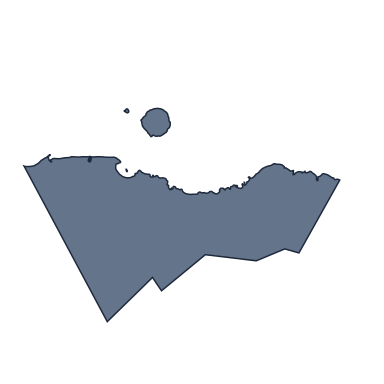 outline of Bogia District, Madang, Papua New Guinea, rotated 332°
{"feature_id": "67681753B59522358603410", "entity_name": "Bogia District", "entity_type": "district", "adm_level": 2, "iso_a3": "PNG", "parent_name": "Papua New Guinea", "parent_adm1": "Madang", "projection": "orthographic", "projection_center": [145.006, -4.34], "detail": "fine", "context": "isolated", "style": "filled", "palette": "slate", "viewbox_px": 384, "rotation_deg": 332, "n_neighbors": 0, "source": "geoboundaries", "source_scale": "gbopen_adm2", "svg_char_len": 6027}
<svg xmlns="http://www.w3.org/2000/svg" viewBox="0 0 384 384"><g transform="rotate(332 192 192)"><path d="M56.3,266.7L117.0,248.9L118.7,264.9L174.3,253.6L216.4,282.9L247.2,285.8L257.8,296.0L328.1,250.8L327.1,249.6L326.6,249.1L325.5,248.6L324.8,248.5L324.0,248.2L323.7,247.6L323.7,246.6L323.5,246.0L323.1,245.6L322.5,245.4L320.3,241.2L319.5,240.1L317.6,238.3L316.8,237.7L316.2,237.4L315.4,237.4L312.9,238.2L312.2,238.2L311.3,237.9L310.3,237.9L309.7,238.7L308.9,240.4L308.5,240.9L307.8,240.7L307.7,239.5L308.3,238.7L309.1,236.9L309.1,235.9L308.4,233.6L307.2,231.6L307.0,230.5L306.6,229.8L305.8,229.1L304.1,229.3L302.1,228.8L301.5,228.5L301.3,227.7L301.5,226.9L301.2,226.7L300.6,227.2L300.2,227.1L299.3,226.6L298.7,227.0L298.4,227.0L298.1,226.8L298.2,226.0L297.8,225.5L296.2,224.4L295.0,223.9L292.1,223.9L291.5,224.2L290.6,224.5L290.1,224.5L289.4,224.1L289.8,223.3L290.3,223.0L290.8,222.4L291.1,221.4L291.6,220.9L291.5,220.5L290.2,220.5L289.5,220.1L288.5,219.2L288.2,218.7L288.0,217.8L287.3,216.8L286.3,214.9L284.8,214.0L285.3,213.4L285.3,212.9L284.4,210.6L283.2,209.3L281.3,208.0L279.8,207.4L279.2,206.6L278.3,205.9L277.4,205.5L276.1,205.5L275.2,205.7L274.1,205.6L270.6,204.7L267.1,204.4L265.1,204.4L261.8,205.3L260.8,205.8L259.6,206.2L257.8,206.4L256.6,206.4L254.8,207.3L252.9,207.8L250.8,207.8L250.0,207.2L250.0,206.0L249.6,205.5L248.9,205.4L248.6,205.6L248.7,206.1L249.2,206.7L249.1,207.4L248.0,208.5L247.0,209.1L246.3,209.1L245.7,208.9L245.1,209.0L244.3,210.1L242.3,210.8L241.8,210.7L241.2,210.0L240.9,209.0L240.5,208.5L240.1,208.6L239.8,208.8L239.6,209.8L239.6,210.4L239.2,211.3L238.8,211.6L237.5,211.9L236.9,211.8L235.2,210.6L234.2,209.5L234.2,209.0L234.9,208.0L234.7,207.3L234.4,207.2L233.7,208.1L233.3,208.2L233.0,207.9L233.0,207.5L233.5,207.0L233.4,206.5L232.1,205.5L231.5,205.5L230.7,206.1L230.1,206.1L229.1,205.6L228.8,205.6L228.4,205.8L227.8,206.5L227.6,207.1L227.2,207.5L226.6,207.1L226.3,205.5L225.9,205.1L225.4,205.0L223.5,205.0L222.9,205.2L222.4,205.7L222.1,205.6L221.7,205.2L221.7,204.0L221.2,203.3L219.5,202.3L218.7,202.3L217.9,202.7L217.2,203.2L216.9,203.7L216.8,204.5L216.4,204.8L215.8,205.1L215.2,205.1L214.5,205.4L213.4,205.3L212.2,204.9L211.6,204.2L211.3,203.4L210.9,203.0L210.4,202.9L210.2,202.6L210.2,201.9L209.7,200.9L209.2,200.4L208.3,200.1L207.3,200.1L206.7,200.3L205.7,200.4L204.9,200.2L203.5,199.4L202.5,198.3L200.5,197.5L199.8,196.9L199.4,196.2L198.9,195.7L198.1,195.5L197.2,195.5L196.2,196.3L195.6,196.4L192.2,194.6L189.6,193.5L187.3,191.9L185.5,190.2L184.8,189.2L184.0,187.3L184.3,185.4L184.1,184.7L183.9,184.5L182.4,184.3L181.9,183.8L181.7,183.4L181.3,182.9L180.3,182.1L179.5,180.9L179.7,179.8L179.3,179.2L178.7,178.7L178.3,178.4L177.6,178.6L177.4,178.8L177.0,179.8L176.6,180.1L176.0,180.2L175.6,180.1L175.5,178.9L175.2,179.0L174.6,179.8L174.3,180.0L173.6,179.5L173.3,177.2L173.4,176.8L174.3,175.6L174.4,175.1L174.2,174.8L173.5,174.4L173.4,174.1L173.6,173.5L174.5,172.7L175.5,171.3L175.5,170.7L175.1,169.9L175.2,168.6L175.0,167.7L173.0,165.8L172.2,165.6L169.9,164.3L169.3,163.3L169.2,161.8L169.1,161.5L168.5,161.0L167.7,160.8L167.3,161.1L166.8,161.1L166.0,160.7L163.3,159.9L162.7,159.4L162.4,158.9L162.4,158.4L162.6,157.9L163.0,157.3L162.8,156.6L162.4,156.1L161.3,155.7L160.5,154.9L159.3,154.1L158.7,153.5L157.9,152.5L157.4,151.6L156.6,150.8L156.7,149.9L156.2,148.6L155.8,148.2L155.4,148.1L154.7,148.2L154.2,148.7L153.2,148.9L152.2,149.7L151.9,149.7L150.9,149.1L150.4,149.1L150.0,149.5L149.5,150.5L149.0,150.8L147.9,150.8L146.8,150.4L145.0,150.5L144.3,150.4L141.2,149.0L139.4,147.4L138.0,145.8L136.2,142.0L136.0,140.0L135.8,139.4L135.5,136.7L135.8,135.0L137.1,133.0L137.8,131.9L138.2,131.6L138.9,131.8L139.5,132.1L140.0,132.2L141.3,132.1L142.5,132.4L142.8,132.3L143.2,131.5L142.4,129.0L141.7,127.9L141.1,126.4L139.9,125.0L138.6,124.2L136.1,123.0L132.1,120.7L129.4,118.9L125.4,116.6L121.2,114.7L120.0,114.0L118.6,112.7L118.4,112.6L118.1,112.7L118.2,113.4L117.5,114.1L117.3,114.8L117.4,115.0L117.7,115.1L118.2,115.0L119.2,114.2L119.4,114.3L119.3,114.5L118.2,115.5L117.8,116.3L116.8,117.4L115.6,117.3L115.2,116.9L115.0,116.2L115.1,115.5L116.2,114.3L117.5,113.5L117.7,113.1L117.5,112.5L117.3,112.3L115.3,111.4L112.4,109.7L108.2,107.9L102.3,104.3L100.0,104.0L94.7,101.7L91.1,100.6L88.8,99.4L86.2,97.8L84.8,97.2L84.4,97.2L83.3,97.5L82.2,97.3L81.9,97.8L82.2,99.3L81.6,99.2L81.6,98.9L80.7,97.1L81.2,94.8L81.0,93.8L81.8,93.5L82.2,93.2L82.0,92.7L81.0,92.8L79.8,93.2L77.2,93.0L75.7,93.3L74.0,93.3L69.6,94.6L64.5,94.7L60.9,93.4L57.9,91.9L56.4,90.9L55.9,90.3L56.3,266.7ZM193.5,100.0L193.1,100.0L192.2,100.3L190.2,100.3L189.2,100.9L188.4,101.2L187.1,102.6L186.2,102.9L185.0,103.0L183.6,103.4L182.7,104.1L181.4,104.2L181.0,104.4L180.5,104.9L180.7,106.4L180.2,107.1L180.0,108.1L179.6,109.2L179.6,109.7L179.2,110.4L179.6,113.5L180.8,117.3L180.8,119.1L181.4,121.0L181.7,123.7L182.2,124.1L182.4,124.1L182.7,123.9L183.1,123.9L183.7,123.5L184.2,123.5L184.7,123.9L185.2,124.7L186.9,126.3L189.0,126.8L189.6,127.5L190.1,127.7L192.9,127.7L193.8,127.5L194.8,127.5L195.1,127.3L197.4,127.2L198.5,126.5L200.5,124.7L201.9,124.7L202.8,124.1L204.1,122.8L205.4,120.5L205.5,119.8L205.2,119.2L205.2,118.0L206.4,115.6L206.4,114.3L206.8,112.4L207.0,112.2L207.0,111.1L206.9,109.9L206.2,108.3L205.7,107.6L205.0,105.7L203.4,103.9L201.6,102.5L199.8,101.5L198.6,101.2L197.9,100.8L196.9,100.6L194.9,100.5L193.5,100.0ZM173.8,88.2L173.4,88.0L172.5,88.0L171.6,88.6L170.5,88.4L170.2,88.7L170.2,89.0L171.0,89.9L171.0,90.5L171.6,91.3L172.3,91.9L173.1,91.8L173.7,91.6L174.0,91.2L174.2,90.6L174.2,89.1L173.8,88.2ZM116.8,116.7L117.1,116.2L117.2,115.6L117.1,115.2L116.6,114.8L116.3,114.8L115.9,115.2L115.7,116.2L116.1,116.8L116.8,116.7ZM144.3,143.5L144.7,143.2L144.9,142.7L144.7,142.1L144.8,141.2L144.6,141.0L144.2,141.4L144.1,141.8L144.0,143.3L144.3,143.5ZM83.8,93.1L84.2,92.6L83.9,92.3L83.4,92.2L83.2,92.5L83.1,92.8L83.4,93.1L83.8,93.1ZM165.0,159.8L165.6,159.4L165.6,159.2L165.2,158.9L164.6,159.3L164.6,159.6L165.0,159.8ZM242.9,208.7L242.9,208.1L242.7,208.0L242.6,208.8L242.9,208.7Z" fill="#64748b" stroke="#1e293b" stroke-width="1.5"/></g></svg>